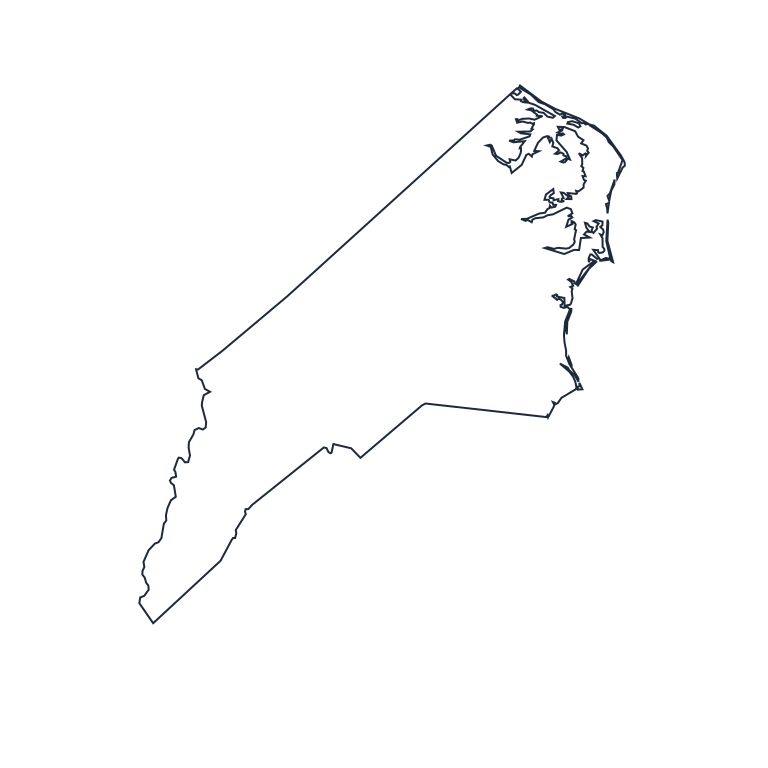 SVG path tracing the border of North Carolina, rotated 318°
{"feature_id": "USA-3549", "entity_name": "North Carolina", "entity_type": "State", "adm_level": 1, "iso_a3": "USA", "parent_name": "United States of America", "parent_adm1": "", "projection": "equal_earth", "projection_center": [-78.085, 35.229], "detail": "fine", "context": "isolated", "style": "outline", "palette": "slate", "viewbox_px": 768, "rotation_deg": 318, "n_neighbors": 0, "source": "natural_earth", "source_scale": "10m", "svg_char_len": 6165}
<svg xmlns="http://www.w3.org/2000/svg" viewBox="0 0 768 768"><g transform="rotate(318 384 384)"><path d="M671.6,253.1L671.8,260.0L676.4,264.7L675.1,265.4L676.0,267.7L679.4,271.4L677.8,268.1L679.1,265.0L680.1,265.0L679.9,272.1L683.0,277.6L690.3,299.2L687.6,299.1L684.4,294.7L684.0,289.2L681.0,285.6L680.5,282.9L678.4,281.6L679.0,278.9L677.0,277.0L674.4,276.2L676.6,279.2L677.9,286.3L677.0,286.9L681.1,291.0L672.7,288.3L669.6,283.9L664.2,279.5L659.1,277.5L660.3,276.4L659.3,275.5L657.8,278.9L662.7,281.7L665.7,286.4L667.5,287.4L668.3,289.8L670.0,290.6L669.5,291.2L664.3,293.0L664.9,294.3L661.8,294.3L652.5,286.3L653.5,289.3L659.8,296.4L657.9,297.4L648.3,293.2L644.9,289.7L643.7,290.0L639.8,286.9L641.9,291.0L651.1,297.7L643.7,299.0L642.5,299.7L643.5,300.5L641.9,302.4L639.6,304.1L635.4,305.9L631.4,306.0L627.7,301.1L626.5,303.4L624.8,303.4L623.2,301.7L620.0,289.3L623.6,278.9L623.0,277.2L619.9,275.5L622.0,279.2L618.3,286.1L618.0,294.7L619.8,300.8L621.6,303.2L622.0,306.3L623.1,306.5L620.1,312.6L632.9,313.3L643.1,309.0L645.6,309.8L646.1,313.9L648.1,312.6L654.8,314.6L651.6,311.3L659.8,307.8L667.0,307.2L670.8,308.8L672.2,310.3L672.1,311.8L670.5,310.9L669.1,315.2L672.7,313.9L671.1,318.2L668.1,320.0L670.7,325.0L670.4,327.6L665.3,327.4L666.8,329.2L670.2,330.1L671.4,333.0L670.3,334.2L671.9,336.9L670.6,338.4L664.1,336.9L665.4,339.4L667.2,340.2L671.3,339.6L672.4,341.6L675.0,333.8L675.2,318.3L679.3,314.6L681.9,318.0L684.8,318.9L684.7,317.6L682.4,315.8L681.3,313.3L686.0,314.8L687.5,313.9L684.3,312.6L685.3,309.2L690.0,313.8L695.2,324.0L693.7,330.1L695.4,336.3L691.5,337.1L694.0,342.4L693.1,345.5L691.0,346.7L690.9,349.0L686.7,349.7L688.3,348.4L688.0,347.4L684.7,347.1L683.2,342.9L682.4,348.7L678.2,353.5L676.4,354.0L676.8,356.8L674.0,358.6L674.6,360.0L672.8,364.5L670.7,362.3L669.2,365.9L670.0,368.0L666.1,369.1L663.7,371.6L657.3,371.0L656.0,369.0L654.9,371.5L654.0,371.3L648.4,365.1L647.7,367.3L648.6,370.0L647.0,372.0L643.5,368.7L646.6,368.7L645.5,362.3L643.6,360.0L641.9,366.0L640.1,365.3L638.8,366.6L640.3,368.7L637.7,367.3L635.7,364.7L637.3,363.3L633.0,360.9L634.2,359.3L631.9,356.8L632.2,355.7L634.1,355.2L637.9,355.8L640.2,352.4L631.1,351.6L626.5,354.5L629.6,357.2L628.6,359.9L630.6,362.0L629.6,364.0L631.7,366.0L630.1,366.9L626.4,364.9L626.5,362.6L624.5,364.0L622.3,363.4L618.3,364.5L613.5,361.2L600.6,356.8L596.3,353.1L598.3,357.4L600.6,358.3L602.0,362.6L604.3,361.2L607.4,362.1L613.9,366.8L618.4,368.0L623.1,371.0L637.8,375.2L639.9,379.2L638.2,383.2L632.8,382.3L635.5,384.4L635.4,386.2L631.1,385.3L624.6,389.1L631.2,391.2L632.4,390.5L631.3,389.7L632.4,388.4L633.6,391.2L633.2,393.7L629.3,396.5L629.7,398.1L622.1,403.7L620.9,406.0L618.0,407.1L612.5,406.8L609.9,405.2L604.4,399.2L600.7,397.3L597.1,391.8L594.4,390.5L604.9,408.0L615.0,411.5L618.6,415.0L628.0,407.3L634.9,412.8L632.7,406.7L636.5,406.3L638.6,408.7L639.0,403.3L641.2,398.7L642.6,400.9L642.1,404.4L643.9,407.4L640.5,409.1L640.7,411.9L646.3,411.2L647.0,409.4L650.9,408.4L648.8,403.3L651.1,404.0L655.1,409.5L652.5,412.2L649.8,412.0L650.2,416.0L648.8,418.2L645.8,419.6L644.8,417.6L643.9,421.9L638.2,428.4L638.1,431.0L637.0,432.4L634.6,432.6L631.7,430.7L631.4,429.2L632.6,427.8L629.3,424.3L628.0,434.9L626.1,433.6L625.1,426.8L624.1,425.8L620.4,427.3L617.7,430.5L620.8,429.2L622.9,433.3L608.3,431.9L593.6,438.1L592.9,436.4L594.1,435.3L592.0,429.9L590.7,429.6L591.5,433.3L590.3,437.6L587.4,436.6L588.0,439.1L585.5,440.7L581.6,446.3L576.8,449.3L575.4,449.6L570.5,446.8L575.6,440.8L571.0,434.6L572.2,433.9L571.9,432.6L568.7,431.8L567.9,430.5L568.9,437.3L570.8,437.4L572.0,440.1L571.9,442.6L569.6,444.1L567.9,443.5L566.9,444.9L568.6,447.8L571.9,449.5L572.2,453.0L560.4,458.8L550.5,468.0L545.9,474.0L541.8,480.9L538.2,484.9L535.1,493.3L532.3,509.7L530.0,512.5L531.6,505.4L530.9,497.6L531.5,494.7L528.4,486.5L530.0,498.8L529.4,505.2L527.7,510.3L525.0,515.0L523.2,516.3L506.6,513.0L500.5,514.5L498.0,513.8L498.4,512.3L497.4,510.4L496.7,513.3L494.9,514.5L483.6,518.6L484.6,516.6L482.5,517.2L401.8,426.3L398.0,425.3L317.1,423.1L316.6,409.8L306.2,394.8L299.1,399.9L297.8,399.6L297.2,397.4L298.4,393.1L296.8,390.9L205.2,385.6L199.5,386.2L197.4,384.4L195.3,385.9L194.1,388.3L176.0,393.4L174.4,396.1L170.3,398.8L168.7,397.4L166.3,398.0L144.3,406.0L52.4,407.3L55.5,383.2L60.0,379.5L64.0,381.0L71.5,379.4L74.0,376.1L74.3,372.4L76.6,367.9L76.9,364.0L79.2,361.5L83.5,359.6L86.2,355.3L97.9,350.0L107.1,349.3L110.5,350.7L115.4,349.6L127.1,340.4L130.8,339.8L134.3,335.5L140.3,331.2L147.9,327.8L153.8,328.5L160.1,318.7L159.5,315.0L160.3,312.5L163.3,311.6L167.5,313.8L170.1,309.8L170.6,307.2L181.2,301.5L182.4,301.5L183.9,303.7L183.7,309.1L186.2,311.0L192.0,307.3L196.1,300.7L200.1,296.7L208.7,293.9L212.3,291.5L216.9,292.8L218.9,296.6L222.3,297.0L226.3,293.4L234.0,278.3L236.4,276.0L242.6,271.7L249.5,273.4L247.6,267.8L251.1,259.2L249.9,255.5L254.2,247.3L255.5,248.8L286.2,251.2L370.5,254.1L671.6,253.1ZM684.8,253.2L690.0,279.4L695.5,294.4L706.9,317.5L710.0,327.5L707.5,326.0L707.2,323.7L705.5,322.6L703.7,314.7L698.5,307.2L697.1,307.8L695.2,306.2L695.5,304.5L696.8,305.7L698.5,305.1L697.6,302.3L694.9,301.4L693.4,296.4L693.7,293.3L691.0,284.2L687.6,278.0L686.8,267.1L682.8,253.9L684.8,253.2ZM712.9,332.4L715.6,348.4L713.0,372.7L711.2,380.2L709.1,382.9L706.0,382.9L694.8,387.4L698.2,383.1L699.3,383.6L711.1,377.2L713.3,360.8L712.9,354.5L714.4,350.1L713.8,343.7L709.9,329.3L710.5,328.8L712.9,332.4ZM644.9,426.4L660.1,411.5L658.6,414.2L645.8,427.1L635.8,446.8L635.1,444.9L636.2,442.0L644.9,426.4ZM698.4,318.3L694.5,313.2L695.8,312.4L699.7,314.6L703.3,320.7L702.4,323.9L699.9,323.3L698.4,318.3ZM596.5,438.3L620.5,434.0L624.4,435.3L613.5,435.5L593.1,440.8L596.5,438.3ZM680.7,253.2L681.3,258.4L677.5,258.7L676.0,258.1L675.5,255.3L672.9,253.1L680.7,253.2ZM557.2,463.1L574.1,452.9L571.6,455.5L562.0,460.3L553.1,469.4L557.2,463.1ZM675.9,393.8L679.6,393.4L692.2,386.4L688.7,389.9L682.0,392.5L673.9,398.6L675.9,393.8ZM527.9,516.6L530.0,513.8L527.9,520.7L524.3,517.9L526.0,515.6L527.9,516.6ZM633.1,438.7L635.2,441.5L634.2,442.1L626.4,436.6L633.1,438.7ZM669.3,398.9L672.4,399.9L664.2,406.8L667.2,403.0L669.3,398.9ZM535.1,496.7L537.3,488.9L539.2,487.8L536.1,495.5L535.1,496.7Z" fill="none" stroke="#1e293b" stroke-width="2"/></g></svg>